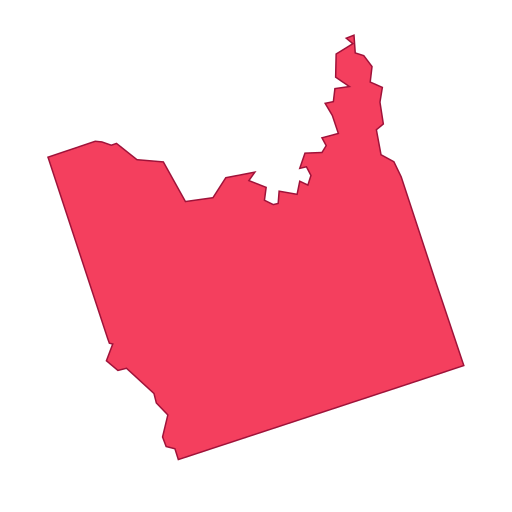 outline of Ouachita, Arkansas, United States of America, rotated 250°
{"feature_id": "52423323B57223393950", "entity_name": "Ouachita", "entity_type": "district", "adm_level": 2, "iso_a3": "USA", "parent_name": "United States of America", "parent_adm1": "Arkansas", "projection": "mercator", "projection_center": [-92.764, 33.589], "detail": "fine", "context": "isolated", "style": "filled", "palette": "rose", "viewbox_px": 512, "rotation_deg": 250, "n_neighbors": 0, "source": "geoboundaries", "source_scale": "gbopen_adm2", "svg_char_len": 988}
<svg xmlns="http://www.w3.org/2000/svg" viewBox="0 0 512 512"><g transform="rotate(250 256 256)"><path d="M430.0,423.6L429.8,415.3L422.4,419.6L418.4,400.4L396.8,392.0L383.3,401.7L386.3,387.4L374.6,381.5L375.8,373.2L361.9,375.8L343.0,375.3L344.5,358.4L335.7,359.7L330.7,353.4L335.9,337.2L323.4,327.1L322.6,333.9L312.9,335.2L304.9,329.0L311.3,322.7L299.9,315.7L309.0,299.9L297.8,294.8L298.4,289.8L305.5,283.0L317.0,289.0L329.3,275.1L335.2,283.6L339.9,254.4L325.5,235.5L331.3,208.3L376.1,201.1L387.2,177.1L409.5,163.4L409.6,157.9L415.9,150.2L418.8,144.2L420.0,94.3L418.4,94.3L229.1,88.4L224.2,88.4L222.3,91.3L208.7,79.6L195.7,87.1L194.8,95.9L161.7,113.1L152.0,112.1L136.8,118.8L117.9,106.3L107.7,106.4L102.6,113.9L91.3,113.4L83.6,358.9L82.0,413.8L148.2,415.5L170.6,416.0L192.2,416.7L280.6,419.5L297.4,417.8L308.4,408.1L333.5,412.3L336.5,420.8L358.2,425.1L371.2,432.4L380.4,422.8L394.3,429.8L407.4,425.8L412.9,418.7L430.0,423.6Z" fill="#f43f5e" stroke="#9f1239" stroke-width="1.5"/></g></svg>